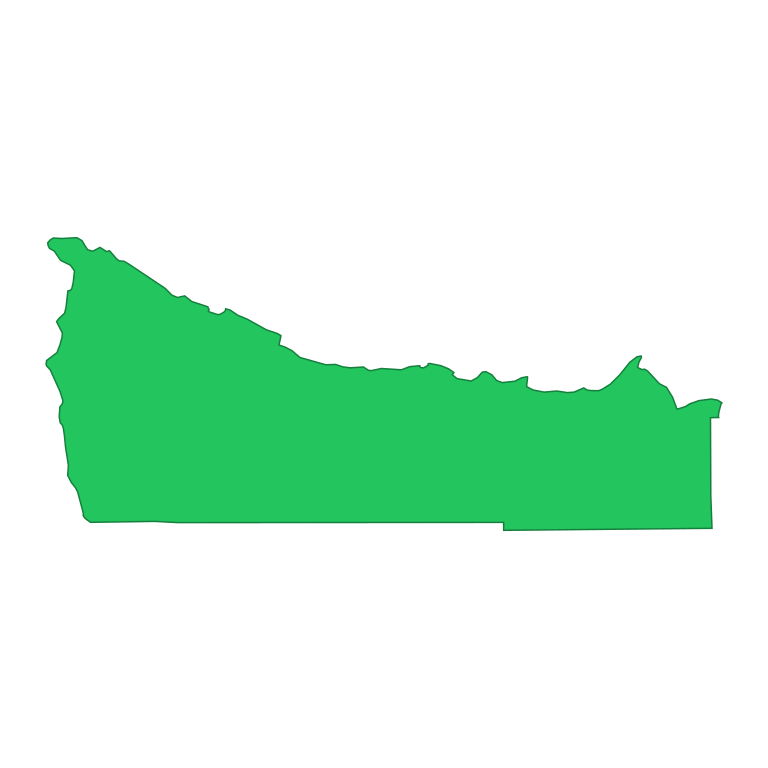 outline of Clallam, Washington, United States of America
{"feature_id": "52423323B36348564143669", "entity_name": "Clallam", "entity_type": "district", "adm_level": 2, "iso_a3": "USA", "parent_name": "United States of America", "parent_adm1": "Washington", "projection": "orthographic", "projection_center": [-123.997, 48.129], "detail": "fine", "context": "isolated", "style": "filled", "palette": "green", "viewbox_px": 768, "rotation_deg": 0, "n_neighbors": 0, "source": "geoboundaries", "source_scale": "gbopen_adm2", "svg_char_len": 2012}
<svg xmlns="http://www.w3.org/2000/svg" viewBox="0 0 768 768"><path d="M718.7,417.5L718.4,416.7L718.8,412.5L720.8,404.7L721.9,402.8L717.7,400.2L711.4,399.0L699.0,400.6L689.8,403.8L685.2,406.7L677.0,409.2L672.5,397.1L666.5,387.4L659.4,383.7L647.6,371.0L644.5,369.2L642.0,369.6L637.6,367.5L639.0,362.0L641.5,357.4L641.1,356.0L636.9,356.8L629.7,362.4L619.7,374.9L610.3,384.2L602.1,389.3L598.6,390.7L591.1,390.6L586.9,390.0L583.8,387.9L574.1,392.1L567.3,392.6L556.8,391.0L544.1,392.1L533.1,390.0L526.6,386.6L527.6,377.1L527.2,376.7L521.5,377.8L514.9,381.2L502.3,382.6L496.6,380.5L491.9,374.8L485.9,371.7L482.3,372.1L477.3,377.7L471.1,381.0L457.0,378.6L452.4,374.8L453.9,372.5L448.5,368.8L440.7,365.6L429.4,363.4L428.0,364.0L428.1,365.3L423.6,367.9L421.0,367.7L419.9,366.8L419.7,365.7L409.5,366.7L401.4,369.8L381.5,368.5L371.4,370.6L368.4,370.3L363.5,367.0L350.2,367.8L343.0,366.9L335.4,364.4L325.9,364.8L300.0,357.5L292.0,350.7L285.1,347.1L279.0,345.0L281.0,335.7L277.6,333.6L266.3,329.8L247.3,319.2L237.9,315.3L230.2,310.1L225.7,308.8L225.2,310.9L224.1,312.0L220.1,314.3L217.8,314.6L209.0,311.8L208.3,311.0L208.6,310.4L209.1,309.8L207.8,306.8L191.7,301.5L184.7,295.9L177.5,297.5L172.0,295.2L165.2,288.4L129.6,264.6L124.1,261.3L119.1,260.8L116.4,258.7L109.5,250.7L106.6,251.6L100.0,247.4L96.8,249.1L92.7,251.2L87.7,249.8L85.0,245.7L82.0,240.6L76.9,237.7L61.6,238.5L53.3,238.0L50.0,240.1L47.7,242.8L48.1,245.5L49.5,248.4L54.3,251.1L60.6,260.4L70.4,265.2L74.5,270.9L73.2,282.4L71.8,288.6L70.5,290.3L67.9,290.9L66.0,307.5L64.6,313.2L59.0,318.4L56.6,321.6L56.9,322.3L62.3,332.9L62.1,336.9L60.0,344.7L57.0,352.6L46.6,360.5L46.1,364.2L46.6,365.9L50.3,369.9L60.0,391.4L62.9,400.5L62.3,403.9L59.9,406.9L59.2,416.8L60.2,422.7L62.2,424.9L63.3,428.0L64.4,435.4L65.5,446.8L68.4,465.4L67.7,475.4L71.4,482.6L75.2,487.3L77.6,491.7L83.3,513.1L83.2,515.6L84.9,518.2L90.4,522.3L154.8,521.4L178.2,522.6L503.6,522.4L503.7,530.3L712.0,528.3L710.8,495.7L710.5,417.7L718.7,417.5Z" fill="#22c55e" stroke="#15803d" stroke-width="1.5"/></svg>